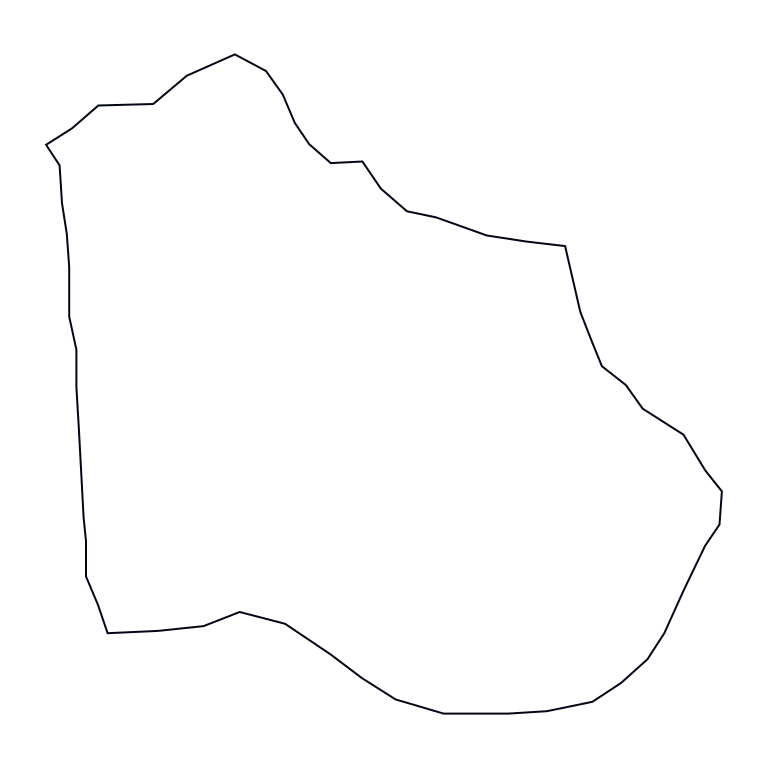 outline of Frenaros, Famagusta, Cyprus
{"feature_id": "46923920B91201368298630", "entity_name": "Frenaros", "entity_type": "district", "adm_level": 2, "iso_a3": "CYP", "parent_name": "Cyprus", "parent_adm1": "Famagusta", "projection": "robinson", "projection_center": [33.902, 35.055], "detail": "fine", "context": "isolated", "style": "outline", "palette": "ink", "viewbox_px": 768, "rotation_deg": 0, "n_neighbors": 0, "source": "geoboundaries", "source_scale": "gbopen_adm2", "svg_char_len": 792}
<svg xmlns="http://www.w3.org/2000/svg" viewBox="0 0 768 768"><path d="M719.5,524.5L721.9,491.4L705.1,470.2L683.5,434.7L642.7,408.7L625.9,385.1L601.9,366.2L592.3,342.6L580.3,311.9L565.1,246.1L526.7,241.6L486.8,235.5L436.1,217.4L407.0,211.3L380.9,188.7L362.4,161.5L330.8,163.1L309.2,144.2L294.8,122.9L282.8,94.6L266.0,71.0L234.8,54.4L186.8,75.7L153.2,104.0L98.3,105.5L72.2,128.2L46.1,144.8L59.6,165.4L62.0,203.2L66.8,233.9L69.2,267.0L69.2,316.6L76.4,349.7L76.4,387.5L78.8,427.6L83.6,517.4L86.0,541.1L86.0,576.5L98.0,604.9L107.6,633.2L158.0,630.9L203.6,626.1L239.6,612.0L285.1,623.8L330.7,654.5L361.9,678.1L395.5,699.4L443.5,713.6L508.3,713.6L546.8,711.2L592.4,701.8L621.1,682.9L647.5,659.2L664.3,633.2L683.5,590.7L705.1,545.8L719.5,524.5Z" fill="none" stroke="#020617" stroke-width="2"/></svg>